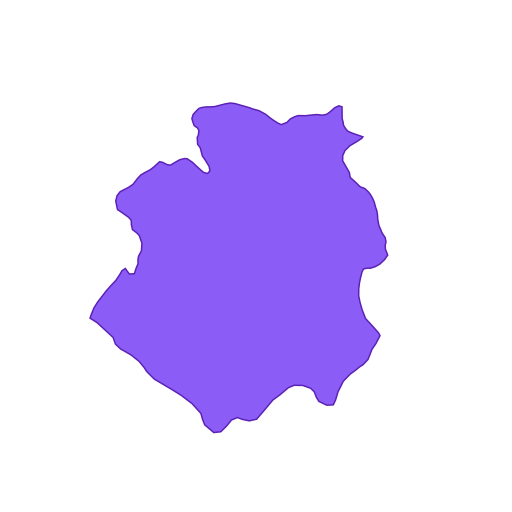 the district of Kanowit, Sarawak, Malaysia, rotated 212°
{"feature_id": "92858781B72543714708514", "entity_name": "Kanowit", "entity_type": "district", "adm_level": 2, "iso_a3": "MYS", "parent_name": "Malaysia", "parent_adm1": "Sarawak", "projection": "robinson", "projection_center": [112.256, 1.947], "detail": "fine", "context": "isolated", "style": "filled", "palette": "violet", "viewbox_px": 512, "rotation_deg": 212, "n_neighbors": 0, "source": "geoboundaries", "source_scale": "gbopen_adm2", "svg_char_len": 2596}
<svg xmlns="http://www.w3.org/2000/svg" viewBox="0 0 512 512"><g transform="rotate(212 256 256)"><path d="M228.5,413.7L240.4,411.0L244.4,410.5L248.0,411.7L251.2,413.4L252.7,415.3L255.9,418.4L258.4,422.3L262.1,428.1L265.3,427.3L267.8,423.5L269.5,417.7L271.0,413.8L274.2,410.7L279.5,408.1L284.6,404.2L288.9,400.8L292.3,398.9L295.1,397.0L297.2,394.3L299.5,390.5L300.6,385.6L304.2,380.8L307.8,380.3L312.7,380.3L317.2,380.6L323.0,381.3L330.6,380.8L336.2,379.1L340.4,378.2L345.7,376.7L349.8,375.5L354.7,374.1L358.9,372.1L362.6,368.8L367.0,364.2L370.2,360.8L373.6,358.4L375.1,357.4L377.0,356.2L380.6,353.3L382.6,350.9L383.6,346.8L384.3,342.7L383.2,338.6L380.6,336.2L377.5,333.8L373.4,333.6L370.9,332.1L368.9,327.8L368.7,325.4L364.7,319.8L360.6,318.2L354.5,312.4L350.0,310.5L343.2,307.1L340.2,303.7L340.8,300.3L344.7,299.1L349.4,299.8L353.8,300.6L359.6,301.8L366.0,302.0L368.5,300.6L371.7,297.2L373.4,294.1L376.8,287.6L379.8,286.4L385.1,285.9L387.7,284.9L389.8,277.4L391.5,272.9L394.5,267.8L396.6,263.7L397.5,259.4L398.3,251.6L400.4,246.8L402.8,242.7L405.3,238.6L405.8,233.6L404.1,228.3L398.1,222.0L392.4,221.8L384.5,221.3L380.6,220.1L378.3,216.5L374.7,212.9L371.3,212.6L370.8,212.6L367.9,212.1L365.7,211.4L363.6,209.7L359.4,206.3L355.9,199.6L355.5,193.6L354.2,190.4L351.9,186.8L351.3,182.7L349.8,176.5L353.8,173.6L357.0,174.8L360.2,176.2L361.9,172.4L361.7,168.5L361.9,161.3L363.4,153.8L364.5,147.1L365.9,133.1L365.9,125.9L364.7,119.1L363.8,115.3L355.7,115.3L334.0,111.2L328.5,106.8L321.5,105.4L309.8,105.9L299.3,104.7L291.9,102.2L287.4,100.1L277.0,97.7L256.3,98.2L245.5,98.2L231.8,96.9L219.3,93.3L214.6,89.0L209.9,85.6L198.2,83.9L197.4,84.6L192.7,88.3L190.8,96.5L189.9,103.9L186.1,109.2L181.0,110.2L174.4,112.6L169.0,117.9L167.3,129.0L165.4,142.7L162.0,151.4L158.7,161.6L155.1,166.6L147.8,171.0L139.5,172.8L134.6,171.7L129.7,168.0L125.5,166.0L116.9,167.0L111.6,170.7L112.2,176.0L114.5,184.4L115.0,190.0L115.6,196.0L113.5,205.9L111.6,210.4L109.4,216.9L107.7,220.3L106.2,227.6L107.1,232.6L108.2,238.4L107.9,244.9L108.6,254.1L111.3,255.7L119.6,258.2L129.9,261.0L137.7,266.8L143.3,271.9L147.7,276.5L151.4,282.5L153.9,287.8L155.8,292.9L157.5,298.2L158.0,301.8L155.8,304.2L152.4,306.4L149.2,310.2L146.7,314.8L145.0,321.3L144.8,326.6L149.7,330.2L152.0,333.3L153.3,337.0L156.3,340.1L161.2,342.3L168.0,347.1L172.0,351.4L174.8,355.3L177.5,358.4L180.5,360.8L184.1,364.2L187.8,366.8L191.6,368.8L193.9,369.7L199.5,370.9L204.4,369.9L211.1,371.4L217.7,372.5L221.1,376.3L233.0,382.7L235.7,387.2L236.4,392.8L234.7,399.6L231.7,405.3L228.7,411.7L228.5,413.7Z" fill="#8b5cf6" stroke="#5b21b6" stroke-width="1.5"/></g></svg>